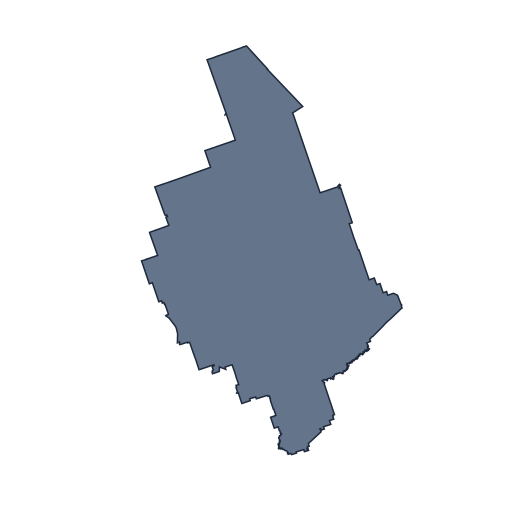 Bland, New South Wales, Australia, rotated 63°
{"feature_id": "25037944B54195415642362", "entity_name": "Bland", "entity_type": "district", "adm_level": 2, "iso_a3": "AUS", "parent_name": "Australia", "parent_adm1": "New South Wales", "projection": "robinson", "projection_center": [147.412, -33.919], "detail": "fine", "context": "isolated", "style": "filled", "palette": "slate", "viewbox_px": 512, "rotation_deg": 63, "n_neighbors": 0, "source": "geoboundaries", "source_scale": "gbopen_adm2", "svg_char_len": 6112}
<svg xmlns="http://www.w3.org/2000/svg" viewBox="0 0 512 512"><g transform="rotate(63 256 256)"><path d="M64.5,169.1L64.2,171.4L63.9,172.1L63.9,174.0L60.3,200.3L59.9,204.5L58.9,210.5L115.8,217.9L115.6,218.9L116.2,219.5L116.4,218.1L143.4,221.8L138.9,253.7L156.3,256.2L151.5,293.8L148.5,314.8L177.7,318.5L178.3,318.4L178.8,318.0L179.0,317.5L179.1,316.8L180.7,317.0L180.5,318.7L189.2,319.8L186.6,340.1L187.2,340.3L210.8,343.4L209.1,355.0L209.3,354.9L208.4,360.2L232.4,363.7L232.8,360.5L252.7,363.4L253.1,360.5L255.5,360.9L255.7,359.2L257.8,359.5L257.9,359.0L268.3,360.5L268.0,362.7L268.3,363.6L271.1,362.0L272.4,361.5L280.6,360.0L282.5,359.7L284.0,359.8L289.6,361.1L297.7,365.5L297.9,363.1L299.9,364.2L300.5,364.0L301.6,356.4L302.4,356.5L302.7,354.3L315.5,356.1L321.6,356.8L331.5,358.4L333.8,343.0L334.0,342.8L334.7,343.0L334.6,344.5L335.3,345.6L338.0,345.6L338.3,346.7L338.6,347.2L339.9,348.0L341.2,348.2L342.2,341.1L338.3,338.9L343.3,334.4L341.0,334.0L342.0,326.7L350.3,327.8L355.6,328.8L362.7,329.8L362.2,332.6L364.4,333.0L364.4,333.6L368.5,334.2L369.1,334.9L369.3,335.6L369.5,335.6L369.8,333.9L381.0,335.6L382.3,326.8L380.3,326.4L380.7,323.4L381.0,323.4L381.4,320.3L383.4,320.6L385.4,309.0L385.6,308.8L386.6,309.0L386.9,307.6L389.0,307.8L388.9,308.2L391.0,308.5L391.5,308.8L400.3,310.1L400.4,309.7L407.1,310.7L406.3,316.2L417.7,317.9L418.3,313.9L422.3,314.5L422.4,314.1L424.5,314.4L424.5,314.7L424.8,314.9L425.0,314.8L425.1,314.4L425.9,314.0L426.1,314.7L426.6,314.6L426.8,314.9L426.8,315.2L427.1,316.2L426.9,316.6L427.1,317.1L427.4,317.0L427.9,317.4L428.2,318.2L429.1,318.6L430.1,318.2L430.9,318.3L431.0,318.7L431.6,318.4L431.7,318.6L432.0,318.6L432.3,318.8L432.0,319.4L432.3,319.8L432.6,319.8L432.6,319.3L432.8,319.2L433.5,320.2L433.6,320.4L433.3,320.6L433.5,321.1L433.8,321.3L433.6,321.7L433.9,321.9L434.3,321.8L434.8,321.9L434.9,321.6L435.0,321.8L435.5,321.7L435.4,322.0L435.7,322.1L436.1,321.9L436.2,322.2L436.4,322.2L436.4,322.4L436.8,322.6L437.3,323.2L437.5,323.0L438.0,323.1L437.9,322.5L438.4,322.3L438.1,321.9L438.2,321.4L438.7,321.6L438.8,321.1L439.2,321.2L439.1,320.8L439.3,320.6L439.3,320.1L439.6,320.3L439.8,320.0L440.1,320.1L440.6,319.9L440.7,319.3L441.1,319.2L441.4,318.8L442.1,318.6L442.7,318.3L443.0,317.7L443.8,317.0L444.7,316.9L445.3,317.3L445.9,317.4L446.1,317.2L446.0,316.7L446.6,316.8L446.5,317.2L446.7,317.5L447.3,317.4L447.7,314.7L449.1,314.5L450.0,309.4L448.8,309.2L450.2,301.3L452.3,301.7L453.1,297.4L451.5,297.2L451.4,298.1L450.4,297.9L450.5,296.9L449.3,296.7L449.6,295.0L446.9,294.5L442.2,277.8L439.0,277.6L439.1,276.8L440.7,277.1L441.2,273.7L438.8,273.4L440.0,265.8L436.0,265.2L436.7,260.8L433.6,260.3L433.6,259.9L432.8,259.8L433.0,258.1L429.7,257.6L429.6,257.8L427.8,257.5L427.8,257.3L400.5,253.2L400.2,252.4L399.0,252.8L399.0,253.0L397.2,253.7L397.0,252.2L397.4,251.7L397.1,251.5L397.1,251.2L398.1,250.4L398.0,249.9L398.3,249.8L398.3,249.3L399.4,249.2L399.3,248.8L398.3,248.7L397.8,248.2L398.0,247.3L398.3,246.8L398.2,246.5L398.3,245.9L398.5,245.5L399.1,245.4L398.6,244.9L399.3,244.6L399.4,244.0L400.3,243.9L400.1,243.1L400.2,242.9L400.9,242.7L400.6,242.4L400.0,242.2L399.9,242.7L399.7,242.8L399.4,242.4L399.5,241.9L399.3,241.8L398.8,242.4L398.4,242.4L398.4,241.3L398.7,240.8L398.4,240.5L398.0,240.6L397.2,239.0L397.3,238.3L397.9,238.0L397.8,237.7L397.4,237.4L397.7,237.1L397.6,236.4L398.0,236.0L397.9,235.3L398.2,235.0L398.2,234.6L397.9,234.3L398.3,234.0L398.7,233.2L399.2,233.2L399.5,232.6L400.0,232.5L400.3,232.0L400.1,231.6L399.7,231.6L399.2,231.3L399.0,230.9L398.2,230.4L398.5,230.0L398.4,229.6L398.6,229.4L399.2,229.4L399.3,229.2L399.2,228.9L398.7,228.8L398.3,228.2L398.8,227.5L398.7,227.2L398.3,227.2L398.2,226.9L398.5,226.1L398.3,225.9L397.5,226.2L397.3,225.8L397.9,225.4L397.9,225.2L397.5,224.9L396.5,224.7L396.3,225.1L396.0,224.9L396.1,224.6L396.7,224.2L396.3,223.8L396.1,223.1L395.8,223.1L395.7,223.4L396.1,223.7L396.0,223.9L395.6,223.9L395.3,224.3L394.9,224.2L395.0,224.5L393.7,224.4L393.7,223.9L393.1,223.8L393.3,223.4L393.2,223.2L393.8,222.9L393.7,222.5L393.6,222.2L394.0,222.2L394.2,221.9L393.8,221.8L394.1,221.3L394.1,221.1L393.9,221.0L393.4,221.2L393.3,220.8L393.6,220.6L394.3,220.6L394.5,220.1L394.1,219.4L394.3,219.0L394.0,218.9L393.6,219.3L393.4,219.3L393.3,218.6L393.7,218.6L393.9,218.4L393.1,218.1L393.6,217.6L393.4,217.2L393.5,216.7L393.3,216.7L392.9,217.1L392.7,217.0L392.9,216.5L393.2,216.1L393.5,216.2L393.5,216.5L393.8,216.3L393.7,215.9L393.3,215.8L393.1,215.2L393.8,215.2L392.9,215.0L393.2,214.4L392.7,214.0L393.3,213.3L392.8,213.1L393.4,212.7L393.2,212.6L392.5,212.7L392.8,212.0L392.2,212.1L392.0,211.9L392.8,211.3L392.5,211.2L392.2,211.5L391.9,211.5L391.7,211.1L391.7,210.7L391.3,210.2L391.5,210.1L392.0,210.2L391.9,209.6L392.1,209.1L391.5,209.0L391.1,209.2L391.1,208.5L390.6,208.5L390.4,208.4L391.2,207.5L390.7,207.2L391.2,206.7L390.8,206.5L391.2,206.0L391.2,205.3L391.8,205.4L392.2,205.8L392.4,205.8L392.4,205.6L391.8,204.9L391.1,204.7L391.0,204.2L391.4,203.9L391.4,203.6L390.6,203.8L390.6,204.4L390.2,204.2L390.0,203.9L390.8,203.1L390.8,202.7L390.6,202.5L390.1,202.3L389.9,202.0L389.4,201.8L389.5,201.1L389.8,200.7L390.1,200.7L390.7,201.2L391.3,200.6L391.2,200.4L390.4,200.2L390.1,199.7L389.8,199.5L390.1,198.9L390.4,198.8L390.9,199.0L391.1,199.0L391.1,198.7L390.4,198.1L389.9,198.0L389.9,197.9L390.5,197.5L390.3,197.1L389.8,197.2L389.1,198.0L388.5,198.3L388.2,198.1L388.1,197.6L387.8,197.2L387.6,197.4L387.6,197.8L387.3,198.0L387.1,197.8L387.1,197.0L386.9,196.7L384.3,197.0L383.7,196.8L383.9,195.6L383.9,194.4L384.1,193.8L384.1,192.8L383.7,192.5L383.2,192.8L382.8,192.8L381.4,192.0L381.3,190.9L380.6,189.9L380.8,188.7L376.0,174.2L375.0,171.8L373.8,167.7L373.2,165.1L368.7,150.1L368.7,149.5L366.5,149.2L365.9,148.4L365.4,148.4L365.2,148.6L364.8,148.7L355.2,147.7L351.6,150.5L350.8,156.4L346.9,155.8L346.5,159.4L336.8,158.0L336.3,161.5L329.3,160.6L328.6,166.0L297.5,161.5L297.5,162.0L296.8,162.1L284.2,160.5L269.6,158.3L270.1,155.1L233.8,149.7L233.5,151.2L231.9,149.5L231.4,148.5L230.0,149.1L230.7,151.0L231.6,151.1L228.8,170.2L145.1,158.3L144.0,146.5L94.7,161.2L94.7,160.8L64.5,169.1Z" fill="#64748b" stroke="#1e293b" stroke-width="1.5"/></g></svg>